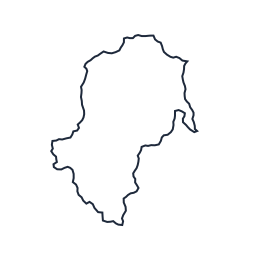 Santana dos Montes, Minas Gerais, Brazil (orthographic projection), rotated 112°
{"feature_id": "56859067B86300581362417", "entity_name": "Santana dos Montes", "entity_type": "district", "adm_level": 2, "iso_a3": "BRA", "parent_name": "Brazil", "parent_adm1": "Minas Gerais", "projection": "orthographic", "projection_center": [-43.666, -20.788], "detail": "fine", "context": "isolated", "style": "outline", "palette": "slate", "viewbox_px": 256, "rotation_deg": 112, "n_neighbors": 0, "source": "geoboundaries", "source_scale": "gbopen_adm2", "svg_char_len": 2224}
<svg xmlns="http://www.w3.org/2000/svg" viewBox="0 0 256 256"><g transform="rotate(112 128 128)"><path d="M168.3,193.2L172.1,192.3L175.3,190.0L178.2,190.5L180.4,187.4L181.5,184.0L184.0,182.7L186.2,181.2L189.5,183.5L192.0,182.1L192.8,178.2L191.4,174.3L188.7,171.9L186.6,169.4L186.6,166.7L187.6,163.8L190.9,161.2L194.8,159.6L198.8,158.9L199.9,155.0L202.5,152.3L205.7,151.2L208.5,148.7L209.6,145.1L212.1,142.3L213.7,138.3L210.9,136.0L211.8,132.1L214.7,129.1L217.2,124.2L216.0,120.1L219.4,118.5L223.2,116.6L222.9,112.1L221.5,109.2L219.9,106.8L221.0,103.5L221.2,100.8L220.1,97.0L216.3,97.6L214.1,99.7L210.5,99.8L205.5,99.0L202.0,100.7L198.7,104.0L195.0,105.6L192.6,104.0L190.1,102.9L187.6,101.1L185.9,98.4L183.5,96.3L179.7,95.8L177.7,98.3L175.8,101.0L172.5,102.2L170.9,104.7L168.1,106.2L165.1,105.7L162.1,105.0L158.9,105.1L155.5,105.7L152.2,106.6L150.0,108.6L146.3,107.8L143.5,107.6L140.4,108.3L137.7,105.4L137.1,102.7L135.2,100.1L134.0,96.7L131.7,93.3L127.6,92.7L124.1,93.1L121.4,92.1L119.4,88.7L115.8,86.7L112.5,86.0L108.2,86.9L105.3,88.3L101.8,88.3L99.1,89.0L94.6,90.8L92.4,87.8L92.4,84.4L93.0,80.8L96.0,80.1L98.8,80.6L102.0,79.2L103.4,75.4L104.8,72.8L106.1,69.9L107.0,65.0L104.9,62.8L103.9,65.6L101.0,66.9L97.9,69.2L95.5,71.7L91.6,72.0L89.2,73.0L87.3,75.2L85.5,78.1L82.6,80.4L81.4,83.4L79.8,85.9L77.2,87.4L74.4,88.7L70.5,89.2L67.8,90.9L65.0,93.6L62.4,95.4L59.6,97.1L55.9,97.3L52.4,98.1L49.4,99.2L46.6,98.9L44.0,98.0L45.1,102.8L43.9,106.5L43.9,110.0L45.8,112.4L46.1,115.3L45.4,119.4L44.0,123.2L41.8,125.3L39.3,127.1L36.6,129.7L36.7,132.9L35.7,136.1L32.8,139.0L34.2,142.4L36.3,146.4L37.6,149.6L38.0,153.4L39.9,155.9L42.8,157.1L44.0,160.0L44.4,162.7L46.5,165.3L50.1,163.9L53.5,164.2L56.0,164.8L59.3,165.1L62.3,167.9L64.8,171.0L65.9,174.7L66.2,179.3L69.8,181.7L72.1,183.1L74.2,185.4L76.5,186.8L79.2,188.1L81.8,190.2L84.5,191.4L87.6,191.4L88.6,188.8L90.5,187.1L93.7,186.8L98.4,186.2L102.4,186.1L107.4,187.0L110.2,185.2L113.1,184.2L116.9,183.2L120.2,181.0L123.7,179.3L126.0,177.3L128.3,175.3L131.6,173.8L134.9,173.2L137.9,173.4L141.0,174.6L143.6,175.9L146.3,173.5L149.4,174.2L151.6,177.4L154.9,177.2L158.4,177.8L160.7,181.3L163.3,184.7L164.2,187.8L166.5,189.8L168.3,193.2Z" fill="none" stroke="#1e293b" stroke-width="2"/></g></svg>